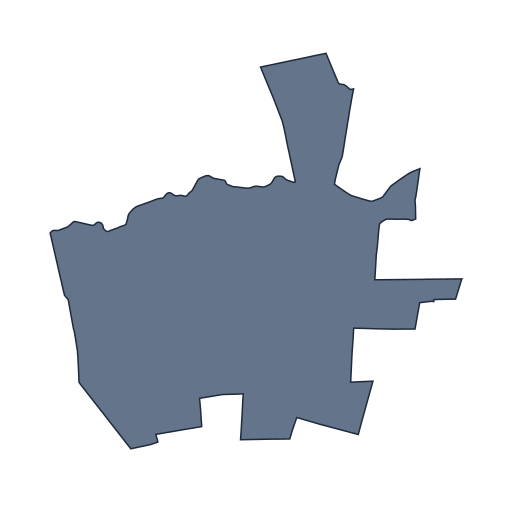 outline of Zavoaia, Braila, Romania, rotated 352°
{"feature_id": "2599482B8806992520419", "entity_name": "Zavoaia", "entity_type": "district", "adm_level": 2, "iso_a3": "ROU", "parent_name": "Romania", "parent_adm1": "Braila", "projection": "mercator", "projection_center": [27.485, 44.962], "detail": "fine", "context": "isolated", "style": "filled", "palette": "slate", "viewbox_px": 512, "rotation_deg": 352, "n_neighbors": 0, "source": "geoboundaries", "source_scale": "gbopen_adm2", "svg_char_len": 4638}
<svg xmlns="http://www.w3.org/2000/svg" viewBox="0 0 512 512"><g transform="rotate(352 256 256)"><path d="M430.5,192.3L427.7,193.0L424.8,193.7L421.9,194.4L418.9,195.5L408.8,200.4L405.0,202.5L399.9,205.1L398.1,206.6L389.7,215.1L387.6,216.0L378.5,218.0L375.8,217.2L372.8,215.9L368.5,214.0L362.2,211.0L358.8,209.4L355.9,207.1L353.3,204.8L350.2,202.0L343.7,195.9L345.0,191.7L346.5,187.9L350.9,176.9L352.5,174.2L354.8,170.5L355.5,168.7L357.0,164.0L358.9,157.7L359.5,155.7L361.4,149.5L363.4,143.1L365.3,136.8L367.3,130.7L369.1,124.5L370.7,119.7L372.8,113.2L375.3,105.8L375.9,104.1L375.3,104.1L373.5,104.2L372.1,104.0L369.3,100.5L366.9,98.5L362.9,97.4L361.9,96.4L361.5,95.8L361.2,94.9L361.2,94.3L358.3,83.5L354.6,69.2L353.9,66.5L353.5,65.0L351.2,65.2L341.1,65.8L333.5,66.4L325.8,66.9L323.2,67.1L317.7,67.4L317.1,67.5L310.9,67.9L291.6,69.2L286.8,69.5L287.7,73.2L293.2,94.4L295.3,102.5L300.8,126.2L301.4,132.0L301.8,137.5L301.9,138.8L302.0,140.4L302.6,151.5L303.2,159.0L303.5,164.3L303.6,164.6L304.3,174.4L304.3,174.8L304.5,177.2L304.5,177.6L305.3,188.2L304.7,188.3L303.3,188.2L296.6,184.8L295.3,183.3L293.9,181.5L292.9,180.8L291.4,180.4L288.9,180.0L287.8,180.0L285.9,180.7L284.6,181.9L283.1,183.9L281.5,185.8L280.3,186.7L278.8,187.3L276.6,188.0L273.8,188.7L272.7,188.7L266.6,187.0L264.8,186.8L262.7,187.0L260.1,187.7L257.7,187.7L255.3,187.3L252.3,186.5L246.9,185.0L243.3,184.3L237.4,181.1L236.9,180.4L236.2,178.0L235.6,177.0L235.0,176.5L233.4,176.0L224.7,173.1L221.3,170.4L220.5,169.9L219.8,169.7L217.4,169.6L215.5,170.1L212.6,170.8L210.4,171.6L209.1,172.5L206.6,175.9L202.1,182.0L200.7,183.1L198.9,184.0L197.8,184.9L196.6,186.2L195.6,186.8L194.4,187.0L193.4,186.7L191.8,186.0L190.2,185.5L189.1,185.4L186.5,185.4L185.6,185.4L184.3,184.9L183.4,184.5L181.0,182.3L180.3,181.8L179.4,181.3L178.8,181.2L177.9,181.3L177.1,181.5L176.3,181.9L175.6,182.5L173.4,184.5L172.2,185.5L170.4,185.7L168.0,185.6L166.2,185.8L163.7,186.3L158.6,187.5L149.8,189.3L145.0,190.3L143.4,190.9L140.6,192.6L137.3,195.3L135.7,197.0L134.7,199.0L133.6,202.4L132.4,204.7L132.0,206.0L131.2,206.8L130.0,207.3L127.1,207.8L125.1,208.2L122.9,208.9L120.3,209.4L118.0,209.9L115.6,210.4L113.7,211.0L112.2,211.0L111.3,210.7L110.0,209.4L109.2,208.2L108.8,207.4L108.7,206.4L108.7,204.9L108.4,203.8L107.9,202.9L107.4,202.0L106.5,201.3L105.6,200.9L104.4,200.6L103.3,200.7L102.1,201.3L101.1,202.0L100.3,202.6L99.5,202.9L98.6,203.0L97.5,202.6L95.9,202.1L93.0,201.0L89.1,199.5L82.0,196.8L81.1,196.6L80.2,196.7L79.4,197.1L77.7,198.3L74.4,200.5L73.4,201.0L63.7,203.2L59.3,202.5L58.6,202.5L57.1,203.2L56.1,203.9L55.3,204.7L55.6,207.6L57.1,224.9L57.1,225.1L58.2,237.7L58.2,238.0L59.3,250.6L59.4,251.1L60.2,260.8L60.5,264.4L60.6,264.8L60.9,268.3L64.0,273.1L64.1,276.4L64.1,276.7L64.4,284.9L64.7,291.9L64.7,292.1L65.1,302.2L65.1,302.6L65.5,304.7L65.7,310.2L66.0,326.4L65.7,327.0L65.7,328.5L65.7,330.1L65.4,333.3L65.0,336.5L64.8,339.7L63.2,356.4L64.3,358.7L68.4,365.7L71.9,371.8L76.8,380.3L77.7,381.8L78.5,383.1L78.9,383.9L80.8,387.3L82.3,389.7L82.9,390.8L91.8,406.3L105.2,429.5L125.9,428.0L132.9,426.6L132.8,425.6L132.8,425.4L132.8,424.6L132.7,423.8L132.6,423.6L132.0,418.7L161.9,417.8L162.0,417.8L178.4,417.4L178.5,417.3L179.2,408.0L179.8,399.5L180.3,389.1L195.9,388.7L203.2,388.5L203.4,388.5L224.2,390.8L222.9,396.7L222.2,400.3L220.6,408.9L218.9,417.2L218.9,417.3L217.0,426.9L215.1,435.8L244.1,439.3L264.0,441.9L267.4,434.3L273.9,421.6L278.1,423.5L293.1,430.3L295.8,431.5L332.4,447.0L339.4,430.6L343.8,420.5L354.4,396.2L332.2,394.1L332.5,392.5L337.6,365.6L340.9,350.3L342.6,341.6L342.8,341.0L366.6,345.1L379.8,347.2L380.8,347.4L382.0,347.6L392.7,349.0L403.3,350.5L411.6,325.0L423.8,325.3L425.7,325.9L425.9,325.2L426.2,323.9L427.2,324.0L440.0,325.5L440.4,325.5L445.8,326.3L447.6,326.5L447.9,325.8L448.5,324.6L448.8,324.0L451.9,317.4L456.1,308.4L456.7,307.3L453.4,306.9L452.7,306.8L443.4,305.6L442.0,305.4L427.3,303.5L421.2,302.7L420.9,302.7L402.2,300.3L401.8,300.2L370.3,296.1L370.5,295.4L370.6,294.9L371.7,289.4L371.9,288.6L374.0,278.1L374.1,277.7L375.1,272.3L376.8,266.1L376.9,265.8L377.1,265.1L377.8,262.1L379.6,254.3L380.9,248.5L381.0,248.2L382.5,242.3L383.0,241.4L383.3,241.0L383.7,240.8L384.7,240.0L385.3,239.7L385.6,239.5L388.0,238.5L389.3,237.9L389.6,237.8L390.7,237.8L391.3,237.7L392.7,238.0L395.5,238.3L399.8,239.1L402.3,239.4L406.8,240.0L407.2,240.1L407.7,240.1L412.0,240.9L414.4,242.3L414.9,242.5L415.6,242.5L416.7,242.2L419.3,241.6L420.0,235.6L420.1,235.0L420.9,228.1L421.1,224.9L421.2,224.1L421.1,223.2L423.1,217.8L423.2,217.2L425.2,210.5L427.6,202.2L427.8,201.5L429.3,196.2L429.6,195.1L430.0,194.0L430.3,192.9L430.5,192.3Z" fill="#64748b" stroke="#1e293b" stroke-width="1.5"/></g></svg>